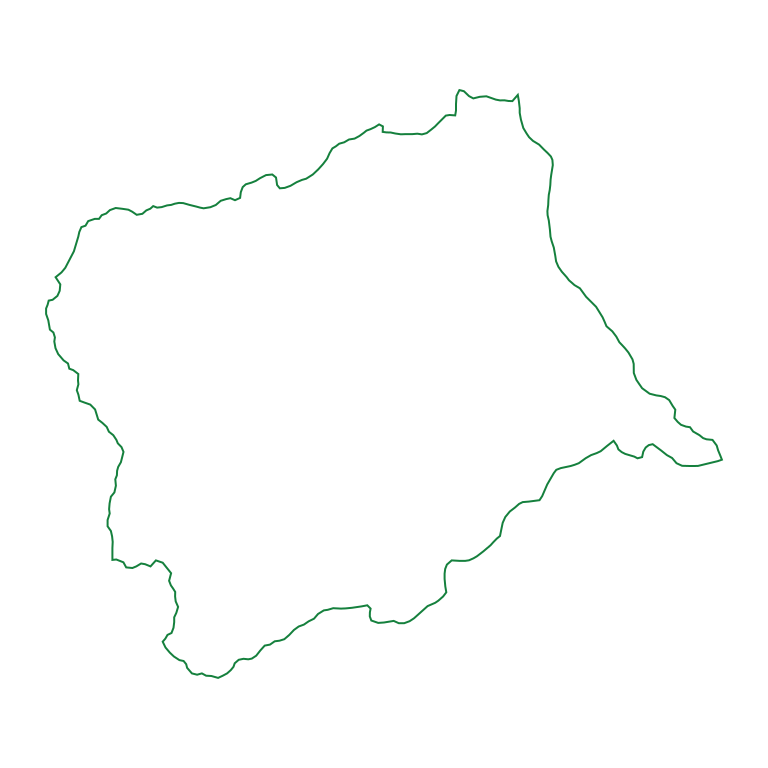 Barretos, São Paulo, Brazil (Mercator projection)
{"feature_id": "56859067B29660912500509", "entity_name": "Barretos", "entity_type": "district", "adm_level": 2, "iso_a3": "BRA", "parent_name": "Brazil", "parent_adm1": "São Paulo", "projection": "mercator", "projection_center": [-48.643, -20.518], "detail": "fine", "context": "isolated", "style": "outline", "palette": "green", "viewbox_px": 768, "rotation_deg": 0, "n_neighbors": 0, "source": "geoboundaries", "source_scale": "gbopen_adm2", "svg_char_len": 4732}
<svg xmlns="http://www.w3.org/2000/svg" viewBox="0 0 768 768"><path d="M55.6,277.2L60.3,284.4L59.7,290.8L57.4,295.9L52.6,299.8L48.7,300.6L47.6,304.8L46.1,308.5L46.1,314.0L48.3,320.4L49.9,329.6L53.4,332.5L54.9,337.4L54.3,341.5L55.5,348.2L58.2,354.1L63.6,360.4L68.0,363.5L69.3,368.7L73.2,370.1L78.3,374.0L78.0,380.5L78.4,384.3L76.8,390.2L78.4,394.7L79.7,400.8L84.3,402.5L90.3,404.6L95.1,409.5L96.9,415.3L98.2,419.6L102.4,422.9L106.7,426.9L108.9,431.7L113.3,435.2L116.4,439.9L117.8,443.3L121.5,447.1L123.5,451.9L122.4,456.3L120.9,462.2L118.2,466.9L117.1,470.8L116.9,475.3L115.3,479.3L115.9,485.7L114.4,492.4L110.9,496.7L109.6,503.3L109.1,509.2L109.7,513.5L107.6,520.0L107.6,526.3L110.9,531.0L112.1,536.4L112.7,541.9L112.4,548.1L112.4,554.0L112.4,559.9L116.3,559.5L123.4,562.3L126.2,567.4L132.4,568.0L136.3,566.4L141.1,563.5L145.1,564.2L150.5,566.4L155.9,560.4L162.7,562.7L166.3,567.2L171.1,573.2L169.1,580.8L170.9,585.4L173.0,588.4L175.2,591.9L175.1,596.5L175.7,601.4L178.1,606.9L176.3,612.9L174.2,617.3L174.2,622.1L173.5,627.8L171.5,633.0L167.5,634.9L165.3,638.7L162.7,641.7L165.5,647.5L169.8,652.6L173.9,656.5L179.4,660.1L183.6,661.0L186.2,664.2L187.1,667.8L191.9,673.4L197.1,674.7L201.9,673.4L206.1,675.7L211.4,676.0L218.1,677.9L222.8,675.7L227.1,673.4L230.8,670.1L233.5,666.8L234.7,663.3L238.7,659.8L243.5,658.8L248.3,659.3L251.8,658.6L256.2,655.7L260.3,650.5L264.7,645.6L270.0,644.6L274.7,641.3L279.5,640.7L284.3,639.2L289.3,634.9L293.9,630.0L298.7,626.5L303.9,624.6L308.7,621.3L314.0,618.7L318.0,614.0L323.8,610.4L327.8,609.8L333.2,608.2L341.0,608.6L345.7,608.4L351.9,607.8L361.5,606.4L367.3,605.3L370.6,608.6L369.9,612.3L369.8,616.4L371.3,620.5L378.2,622.9L384.0,622.5L393.7,620.9L398.8,623.2L404.2,623.2L409.6,621.2L414.0,618.3L427.6,606.1L435.2,602.8L438.3,600.7L443.1,596.5L446.3,592.3L445.3,586.4L444.6,578.9L444.6,573.6L445.2,568.9L446.9,564.6L451.7,560.4L460.0,560.9L465.0,560.9L469.0,560.3L473.5,558.3L476.9,556.3L483.3,551.4L490.6,545.2L493.3,542.2L496.8,538.6L500.0,536.0L501.0,531.0L502.7,522.8L505.3,517.0L509.8,511.5L514.9,507.6L519.1,503.9L522.7,502.1L528.7,501.6L539.5,500.2L542.2,496.1L547.2,484.5L553.8,473.1L556.3,469.8L560.8,468.1L570.7,466.0L574.6,464.8L578.8,463.2L585.7,458.2L591.1,455.1L596.7,453.1L600.7,451.2L607.1,445.9L613.6,440.8L616.9,445.5L618.4,449.4L621.7,452.1L625.2,453.9L630.2,455.4L634.3,456.6L637.5,458.3L642.1,457.1L643.3,451.6L645.7,447.5L648.8,445.1L652.7,444.2L661.0,450.4L666.9,455.1L672.1,458.0L676.5,463.2L682.1,465.8L689.8,466.0L694.5,466.0L698.1,465.9L717.9,461.1L721.9,459.7L720.3,455.6L718.1,450.3L716.7,445.5L712.5,439.9L706.5,439.3L703.1,438.1L699.5,435.2L693.1,431.5L690.0,427.2L686.0,426.6L681.0,424.8L677.7,421.9L674.4,418.0L675.3,409.7L672.6,405.8L669.2,400.1L665.0,397.2L660.6,396.0L656.3,395.4L649.6,393.7L642.1,388.2L639.4,384.3L636.4,379.9L633.8,373.0L633.7,363.9L632.5,359.4L628.5,352.6L625.2,348.5L622.0,345.0L619.4,342.3L616.3,336.6L612.3,331.3L606.5,326.3L604.4,321.3L602.6,317.3L596.1,306.8L593.2,303.9L586.1,296.8L583.9,293.8L579.9,288.3L574.6,285.2L569.0,280.3L566.7,277.2L561.8,271.7L558.4,266.8L556.1,261.4L555.3,256.0L553.8,247.6L551.7,241.3L550.5,236.7L549.9,229.5L548.8,220.5L547.6,215.2L547.4,211.1L548.2,205.0L548.4,200.2L548.8,194.8L549.7,190.2L550.3,185.1L550.6,179.6L551.2,175.0L552.8,165.1L552.4,159.9L550.9,156.5L547.8,153.2L543.9,149.5L539.1,144.6L533.0,140.9L529.1,137.2L526.6,133.5L523.3,128.0L520.9,119.5L519.7,112.9L519.7,108.2L518.8,100.6L517.8,94.9L512.4,101.1L508.6,101.0L504.4,100.3L500.0,100.4L495.8,99.6L486.4,96.3L479.8,96.8L473.3,98.4L469.0,96.1L463.9,91.2L459.4,90.1L456.5,96.0L456.0,104.1L456.0,110.5L455.2,115.4L449.6,115.0L445.8,115.6L437.9,123.5L435.0,126.5L431.2,129.6L426.7,133.1L421.9,134.4L417.4,133.7L412.6,134.1L406.1,134.1L400.9,134.3L395.3,133.5L390.7,132.5L386.5,132.4L382.7,131.9L382.9,126.4L379.1,124.4L374.9,127.1L370.4,129.2L366.5,130.6L363.8,132.8L359.4,136.0L354.6,138.6L349.0,139.5L344.2,142.3L339.2,143.7L335.9,146.3L332.4,148.4L329.6,153.1L327.1,158.7L323.0,164.1L318.4,169.2L312.8,174.5L306.2,178.7L302.0,179.9L296.6,182.2L290.5,185.8L284.7,187.9L279.8,188.3L277.1,185.0L276.0,177.5L272.3,174.5L266.0,175.1L260.0,178.2L255.8,180.9L251.6,182.6L245.8,184.3L242.7,187.1L240.8,192.2L240.1,197.9L235.0,200.2L230.4,198.2L226.2,199.1L220.7,200.8L215.8,205.0L210.4,207.2L203.6,208.3L200.0,207.6L196.4,206.6L189.5,204.9L183.2,203.1L179.0,202.9L174.8,203.7L171.2,204.9L167.1,205.4L161.7,207.1L157.1,207.6L153.2,206.1L150.3,208.7L146.3,210.4L142.4,213.8L136.7,214.8L132.2,211.7L128.4,209.7L122.3,208.8L115.7,208.0L109.9,210.1L106.2,213.5L101.7,215.2L99.0,218.9L94.7,218.9L88.2,221.1L85.5,225.7L81.4,227.1L79.3,232.0L78.3,236.6L73.9,251.3L65.3,267.8L61.5,272.4L55.6,277.2Z" fill="none" stroke="#15803d" stroke-width="2"/></svg>